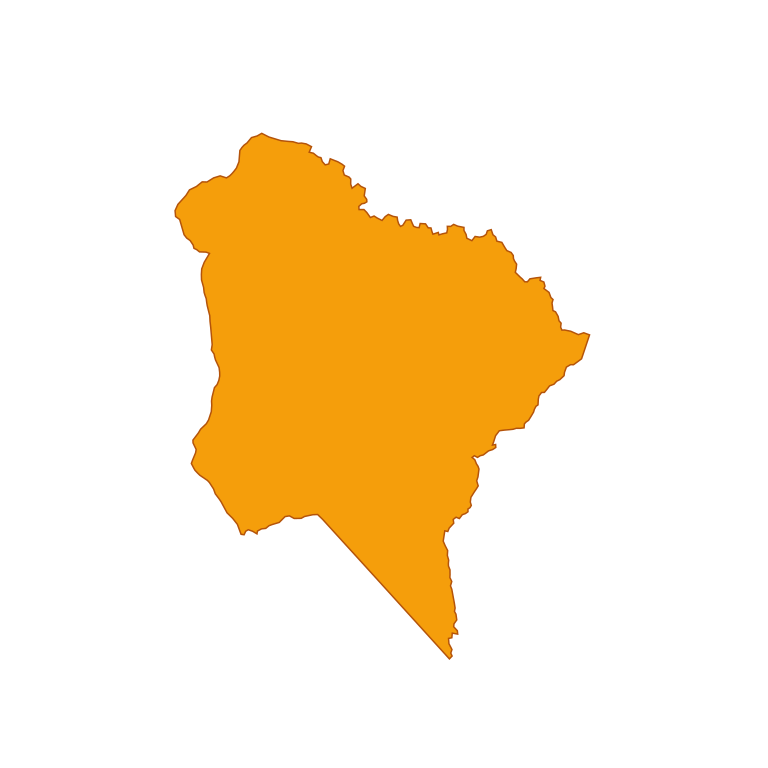 Belém do São Francisco, Pernambuco, Brazil, rotated 67°
{"feature_id": "56859067B50244249389471", "entity_name": "Belém do São Francisco", "entity_type": "district", "adm_level": 2, "iso_a3": "BRA", "parent_name": "Brazil", "parent_adm1": "Pernambuco", "projection": "albers", "projection_center": [-38.984, -8.567], "detail": "fine", "context": "isolated", "style": "filled", "palette": "amber", "viewbox_px": 768, "rotation_deg": 67, "n_neighbors": 0, "source": "geoboundaries", "source_scale": "gbopen_adm2", "svg_char_len": 4118}
<svg xmlns="http://www.w3.org/2000/svg" viewBox="0 0 768 768"><g transform="rotate(67 384 384)"><path d="M662.6,431.2L661.0,427.6L657.8,427.7L655.0,425.2L648.4,425.7L643.4,424.0L644.1,420.7L640.0,418.5L643.0,413.9L639.8,412.9L634.7,414.7L632.1,413.3L629.6,409.2L624.0,407.7L620.9,408.0L618.0,406.1L613.3,404.9L599.4,401.8L595.8,401.7L592.3,398.8L587.9,399.0L585.5,397.8L580.9,395.9L576.8,395.8L574.4,394.9L571.4,393.3L566.6,392.7L562.2,390.5L556.5,390.9L551.8,390.9L542.9,385.4L544.7,382.9L542.1,380.3L541.0,377.8L539.4,374.2L535.7,373.2L534.8,369.7L537.3,367.2L534.9,363.0L535.1,359.7L534.4,356.6L531.9,355.6L531.4,353.1L529.9,351.1L526.4,350.7L522.3,348.3L518.8,343.3L516.6,339.9L514.6,337.1L509.3,336.5L506.2,333.8L499.4,329.8L496.5,329.6L493.6,330.1L489.2,330.0L486.0,331.6L485.3,328.9L488.1,326.6L487.6,323.4L488.1,320.3L486.4,313.9L486.8,309.6L486.1,305.9L483.3,304.9L482.6,308.0L480.0,305.6L475.2,301.5L472.1,296.1L473.4,291.4L475.1,286.2L476.1,282.9L476.5,279.4L478.0,276.0L479.1,272.2L475.5,270.3L474.5,268.0L473.9,265.1L471.1,261.1L468.3,257.3L466.1,255.5L463.9,252.8L463.4,250.4L458.3,247.9L455.5,246.0L453.4,242.3L454.4,239.6L452.4,235.8L450.4,232.3L450.6,227.6L448.9,223.9L448.7,220.5L446.7,215.0L443.8,213.3L439.7,209.5L439.1,204.7L440.3,202.0L439.1,196.8L438.0,192.3L419.1,175.6L414.9,180.1L414.5,185.8L408.4,191.5L404.9,196.6L403.9,199.2L400.7,199.2L397.2,197.2L394.2,198.2L389.8,197.3L384.6,197.9L382.4,199.8L378.8,198.7L375.1,197.7L372.3,195.4L369.6,196.6L364.2,196.3L358.6,199.5L356.9,197.6L352.6,197.0L349.6,199.9L347.0,198.1L345.7,202.6L344.2,208.6L346.0,212.1L344.9,214.5L341.3,215.7L338.8,216.9L332.5,219.5L329.5,217.3L325.5,215.1L321.8,215.8L319.1,215.8L316.2,214.8L312.6,215.6L309.2,218.8L305.9,219.4L299.7,220.2L296.6,224.3L292.3,223.8L289.2,225.4L283.8,225.0L283.4,229.0L286.2,231.5L286.9,234.9L286.2,238.6L283.8,242.5L286.4,247.1L282.2,250.8L278.4,250.0L273.9,250.4L271.1,249.2L267.5,254.5L264.3,257.5L265.0,261.0L263.6,264.1L266.6,265.2L269.4,267.2L268.6,271.4L268.2,275.2L265.7,274.8L265.2,280.4L262.4,280.3L258.7,279.8L257.5,282.3L252.8,283.2L250.4,288.0L253.8,290.6L252.5,293.0L250.4,295.1L247.7,295.2L243.3,295.2L241.8,299.6L245.2,304.6L245.4,307.2L242.5,307.9L238.9,307.6L235.5,306.7L233.3,310.1L229.6,313.7L230.4,317.5L232.7,321.9L228.7,325.3L225.5,327.5L225.4,331.5L219.5,332.8L215.6,334.3L213.7,338.8L210.7,337.8L209.4,334.1L210.0,331.4L209.6,328.6L207.3,327.8L203.1,328.7L196.7,324.8L193.0,328.1L189.5,329.7L191.3,336.9L187.1,336.6L182.3,334.5L179.9,335.3L176.1,338.9L171.5,338.4L168.1,335.2L165.4,336.7L161.6,339.5L155.7,345.5L159.9,348.9L159.3,352.5L155.2,353.9L151.0,353.6L149.5,355.7L147.3,357.1L144.0,358.8L141.4,362.3L137.2,358.0L132.6,361.8L130.0,365.8L129.0,368.8L125.4,373.2L123.3,377.3L119.8,383.7L111.7,393.4L105.5,398.6L106.1,403.9L105.4,409.7L108.6,415.9L109.5,419.6L110.8,422.4L112.7,425.4L122.8,430.7L127.6,435.5L129.7,439.2L131.1,442.1L132.1,444.7L132.7,448.5L128.4,453.5L127.7,460.3L128.9,468.0L126.9,472.4L128.9,479.5L129.3,487.2L133.1,492.7L138.1,503.5L142.8,508.6L148.4,510.4L152.7,507.8L168.5,509.7L172.6,508.6L176.2,506.4L181.5,505.4L184.9,505.9L187.0,504.0L190.3,502.2L193.1,496.2L195.6,493.6L201.7,501.9L206.8,506.8L211.8,509.3L216.9,511.3L224.5,512.3L229.5,513.8L232.3,514.1L236.0,514.3L239.5,515.3L242.8,516.1L247.8,516.9L253.1,517.7L258.2,519.6L264.2,521.4L280.7,526.8L285.2,529.6L290.0,528.7L292.8,529.3L296.0,529.7L304.5,529.4L309.0,530.7L312.5,532.1L316.1,534.6L319.3,537.8L321.1,541.5L328.9,547.4L332.3,549.4L336.4,550.9L342.0,553.8L348.5,559.5L351.1,563.0L353.9,570.4L356.6,574.1L361.0,581.8L363.6,582.8L370.9,582.5L373.8,584.4L379.2,589.9L381.9,592.4L387.0,592.0L389.6,591.7L393.1,590.4L396.0,589.2L403.8,584.2L406.5,583.2L414.0,581.9L419.2,582.2L425.1,580.7L428.6,580.0L441.3,578.8L448.5,575.8L455.9,573.8L466.5,574.3L468.1,571.7L465.5,568.8L465.1,565.9L468.2,562.5L472.3,559.5L469.9,557.9L469.5,553.3L470.7,549.3L469.5,545.2L469.7,541.5L470.5,534.5L467.4,526.9L468.4,522.6L472.7,519.2L475.3,512.7L474.9,508.9L476.5,500.6L478.2,496.1L484.6,493.4L563.1,465.9L596.7,454.2L662.6,431.2Z" fill="#f59e0b" stroke="#b45309" stroke-width="1.5"/></g></svg>